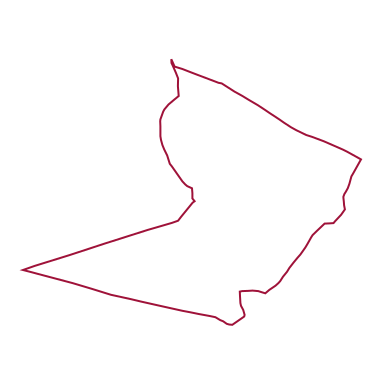 Tikrit, Sala ad-Din, Iraq
{"feature_id": "34846034B31147654733032", "entity_name": "Tikrit", "entity_type": "district", "adm_level": 2, "iso_a3": "IRQ", "parent_name": "Iraq", "parent_adm1": "Sala ad-Din", "projection": "orthographic", "projection_center": [43.738, 34.759], "detail": "fine", "context": "isolated", "style": "outline", "palette": "rose", "viewbox_px": 384, "rotation_deg": 0, "n_neighbors": 0, "source": "geoboundaries", "source_scale": "gbopen_adm2", "svg_char_len": 1650}
<svg xmlns="http://www.w3.org/2000/svg" viewBox="0 0 384 384"><path d="M361.0,159.4L347.1,151.7L342.9,149.6L323.9,141.3L311.9,136.8L306.2,135.0L296.3,130.2L290.9,127.2L284.0,122.7L279.3,119.4L269.7,113.1L265.0,109.9L257.7,105.1L250.7,101.0L248.5,99.7L242.1,95.8L234.5,91.6L221.7,83.4L218.5,82.8L214.6,81.3L197.9,75.0L189.3,71.7L182.4,69.0L174.6,66.6L171.3,59.2L171.5,63.0L172.7,65.5L175.9,72.8L178.1,78.4L177.9,86.2L178.7,96.0L174.3,99.6L168.5,104.5L164.4,109.4L163.2,111.6L160.4,119.4L160.2,121.3L160.4,126.2L160.4,132.1L160.4,136.2L161.0,139.9L162.4,145.0L164.2,149.4L167.2,155.5L169.8,163.8L171.8,166.3L182.4,181.4L185.2,184.4L187.2,186.1L192.0,188.3L192.4,193.2L192.4,198.5L194.6,201.2L192.6,202.7L181.1,216.8L178.1,220.7L175.9,221.5L171.9,222.9L159.2,226.6L147.8,229.9L104.3,243.7L69.5,255.1L34.7,265.9L23.0,270.0L32.3,272.4L37.1,273.7L72.6,283.1L91.7,288.8L111.0,294.8L131.1,299.2L141.6,301.7L157.2,305.2L172.5,308.6L182.4,310.8L190.4,312.3L198.7,314.0L209.7,316.0L215.4,317.2L220.2,320.1L223.2,321.3L226.7,323.8L229.1,324.5L232.3,324.8L242.4,317.8L244.2,316.5L244.6,314.8L243.2,309.9L241.0,305.8L240.4,303.1L240.0,296.0L239.8,291.6L242.2,291.1L247.8,290.9L252.6,290.6L258.3,291.1L260.7,291.9L265.3,293.3L269.3,289.9L275.5,285.7L278.4,283.1L280.2,281.1L283.0,276.7L287.0,271.8L289.4,267.9L293.6,262.5L297.4,257.9L300.4,254.5L305.4,247.4L307.6,243.7L311.2,237.3L312.6,235.1L316.8,231.0L324.6,223.6L329.3,223.4L333.5,223.1L335.1,221.2L341.1,214.8L344.9,209.4L344.1,205.3L343.8,201.4L343.4,197.7L343.4,196.7L344.4,194.0L345.8,191.8L347.8,188.2L349.4,183.8L351.4,176.4L353.0,173.7L361.0,159.4Z" fill="none" stroke="#9f1239" stroke-width="2"/></svg>